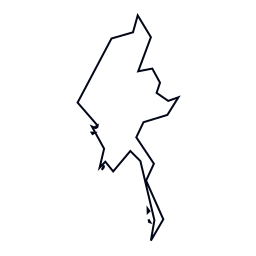 map outline of Myanmar (Albers equal-area conic projection)
{"feature_id": "MMR", "entity_name": "Myanmar", "entity_type": "country or territory", "adm_level": 0, "iso_a3": "MMR", "parent_name": "Asia", "parent_adm1": "", "projection": "albers", "projection_center": [96.922, 19.196], "detail": "coarse", "context": "isolated", "style": "outline", "palette": "ink", "viewbox_px": 256, "rotation_deg": 0, "n_neighbors": 0, "source": "natural_earth", "source_scale": "50m", "svg_char_len": 709}
<svg xmlns="http://www.w3.org/2000/svg" viewBox="0 0 256 256"><path d="M167.4,114.9L143.5,122.2L136.3,137.3L153.9,163.7L146.1,180.6L163.3,219.3L150.9,240.6L154.4,220.2L140.4,161.1L130.3,151.0L113.2,171.4L105.3,161.7L99.6,167.7L104.1,148.7L91.9,126.5L95.7,128.1L97.3,127.1L97.7,125.7L77.6,102.6L111.5,38.5L133.0,32.3L137.7,15.4L150.9,37.2L138.2,71.3L152.3,68.6L160.0,82.7L156.6,92.9L168.2,100.9L178.4,97.3L167.4,114.9ZM94.9,127.1L97.1,125.8L96.6,127.0L94.9,127.1ZM147.6,208.6L149.4,211.1L147.7,212.7L147.6,208.6ZM94.7,132.7L92.6,134.0L91.7,132.6L94.7,132.7ZM148.5,219.4L150.3,222.4L149.2,222.1L148.5,219.4ZM103.6,167.7L101.8,169.8L104.1,165.4L103.6,167.7Z" fill="none" stroke="#020617" stroke-width="2"/></svg>